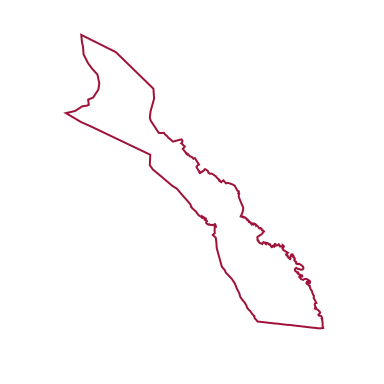 Ebonyi, Ebonyi, Nigeria (Equal Earth projection), rotated 314°
{"feature_id": "59680162B19549725656045", "entity_name": "Ebonyi", "entity_type": "district", "adm_level": 2, "iso_a3": "NGA", "parent_name": "Nigeria", "parent_adm1": "Ebonyi", "projection": "equal_earth", "projection_center": [8.133, 6.541], "detail": "fine", "context": "isolated", "style": "outline", "palette": "rose", "viewbox_px": 384, "rotation_deg": 314, "n_neighbors": 0, "source": "geoboundaries", "source_scale": "gbopen_adm2", "svg_char_len": 6095}
<svg xmlns="http://www.w3.org/2000/svg" viewBox="0 0 384 384"><g transform="rotate(314 192 192)"><path d="M206.2,342.2L205.8,341.4L206.0,340.1L205.8,338.1L205.8,337.8L206.3,337.4L207.4,337.0L208.8,337.5L209.0,337.7L209.1,338.6L208.7,339.0L207.8,339.1L207.8,339.6L208.0,340.0L209.0,339.8L209.8,339.0L209.6,337.3L209.3,335.6L208.6,334.3L208.3,333.9L207.2,333.3L205.9,333.0L205.7,332.2L205.1,330.9L205.5,328.0L205.9,327.8L206.3,327.7L206.6,328.0L207.0,328.6L207.3,329.5L207.5,329.9L207.9,330.0L208.5,329.2L207.7,327.6L207.2,325.7L206.9,325.3L206.9,324.6L207.5,324.7L207.8,324.5L207.8,323.7L207.3,323.1L207.0,321.9L207.0,320.9L207.3,320.2L207.9,319.7L209.5,319.6L209.9,319.7L209.9,320.8L210.1,321.4L210.7,322.0L211.7,324.3L212.8,325.2L213.8,325.4L214.7,325.0L215.5,323.6L215.3,320.9L214.7,318.9L214.5,318.6L214.0,318.6L213.7,318.4L213.5,317.7L213.0,317.3L212.9,316.9L213.0,316.4L213.7,316.0L214.1,315.3L214.1,315.0L213.7,314.6L213.7,314.3L214.1,312.8L214.2,312.7L214.7,312.7L215.2,312.6L215.8,311.6L215.4,310.7L215.6,310.2L216.4,309.8L216.5,309.4L216.4,309.3L216.1,309.1L215.6,309.2L215.2,308.7L215.2,308.4L215.4,308.2L215.7,307.9L216.2,307.8L216.4,308.1L216.8,308.1L217.0,307.7L216.6,307.1L216.2,306.9L215.5,307.0L213.3,308.0L213.1,307.9L212.5,309.1L211.8,309.2L211.7,308.8L211.8,308.5L211.8,306.4L211.9,305.6L212.6,305.3L212.7,304.9L212.5,304.3L212.2,303.7L212.2,303.3L212.7,303.0L214.9,303.2L213.7,298.2L214.0,297.8L214.0,296.9L214.2,296.3L214.7,296.3L215.6,296.0L216.4,296.1L216.7,295.9L216.9,294.8L216.6,294.3L216.6,294.2L215.6,295.0L215.4,295.0L215.2,294.9L215.0,294.5L214.9,294.2L214.8,293.9L214.5,293.8L213.9,293.0L214.0,292.8L214.5,292.2L214.6,290.7L214.0,290.8L213.0,290.6L211.7,289.6L211.5,289.2L211.6,288.9L212.1,288.9L212.5,288.4L212.6,288.2L212.5,287.9L212.3,287.8L212.1,287.8L211.8,288.1L211.2,287.9L210.7,288.2L210.6,288.4L210.4,288.9L209.8,289.1L209.7,288.6L209.8,288.2L209.8,287.8L209.7,287.7L208.8,287.9L208.7,287.3L208.4,287.3L208.2,287.6L207.9,287.8L207.7,287.8L207.6,287.6L208.2,285.0L208.3,284.8L208.6,284.6L208.6,284.3L208.5,284.1L207.8,284.1L207.7,283.8L208.0,283.1L207.9,282.3L207.8,282.0L207.3,281.8L207.2,281.2L206.9,280.6L206.7,280.6L206.4,281.6L206.2,281.8L205.9,281.7L205.8,280.7L206.2,279.4L205.6,278.2L203.4,278.7L203.2,277.5L202.3,276.3L202.6,273.5L203.2,273.4L203.0,272.4L203.8,271.8L204.7,270.5L205.5,270.3L209.7,271.4L213.6,271.2L213.8,270.1L213.1,269.2L213.5,268.0L213.5,267.3L213.9,267.3L213.7,266.3L213.2,266.1L212.5,265.7L213.0,263.0L212.9,261.1L212.5,261.2L212.9,260.5L212.9,260.1L213.0,259.9L212.5,258.8L212.3,258.9L211.9,258.1L211.2,258.8L211.0,258.4L211.4,258.1L211.4,257.8L211.2,257.8L210.8,258.0L210.5,257.8L210.4,257.4L210.8,257.0L210.7,256.9L210.5,257.0L210.6,256.7L210.6,256.3L210.3,256.4L210.3,256.1L210.6,256.0L210.9,255.1L210.6,254.9L210.5,254.5L210.1,254.2L209.9,253.8L210.4,253.4L210.4,252.6L210.8,252.5L210.7,251.8L210.3,251.8L210.2,251.2L210.2,250.7L210.7,250.8L210.7,249.0L210.5,247.6L210.2,247.6L210.0,247.1L209.8,246.2L209.3,246.4L209.1,245.8L209.3,245.3L209.2,244.6L208.7,244.8L208.2,244.0L208.4,243.9L209.8,243.5L212.1,242.6L214.5,241.3L216.1,239.9L216.5,239.4L218.0,235.6L221.0,229.0L222.7,227.4L223.5,227.2L223.3,226.1L224.4,225.9L224.7,225.6L224.9,225.3L224.6,225.0L224.7,224.4L224.5,223.7L226.1,218.8L226.0,217.6L225.8,216.5L224.8,214.1L224.1,212.6L223.4,211.4L221.8,210.4L222.2,206.5L220.8,206.3L219.3,206.2L219.1,204.2L219.5,204.3L219.7,203.4L219.3,203.3L219.7,202.2L219.6,201.4L219.6,199.4L219.9,198.1L219.6,197.0L219.4,195.3L219.2,194.4L218.9,193.4L217.6,192.3L217.5,191.6L217.4,191.4L217.3,191.1L217.3,190.8L217.5,190.8L217.5,189.9L217.7,189.7L217.8,189.2L218.1,188.8L217.9,186.7L217.5,185.5L217.1,185.3L215.8,185.7L214.9,185.5L214.6,185.3L214.2,185.4L213.5,185.2L213.1,184.8L212.4,184.9L211.1,184.6L211.2,183.5L211.9,183.2L212.1,182.7L212.0,181.6L213.1,177.8L215.1,177.5L216.6,178.0L218.4,170.5L217.7,170.1L216.9,169.9L217.1,168.1L216.6,166.5L216.2,165.8L216.4,162.9L215.6,162.8L215.7,160.8L216.2,160.8L216.1,159.6L216.6,155.4L219.3,155.4L219.8,155.1L219.6,154.6L219.7,152.5L219.6,150.5L220.2,150.7L222.2,149.6L222.4,148.7L222.5,147.8L215.0,143.3L214.9,142.3L215.0,141.1L214.6,137.4L214.9,135.4L214.7,132.7L214.9,131.2L215.0,130.7L212.6,128.4L211.4,127.0L214.6,112.9L216.1,110.1L221.3,106.1L232.8,99.9L239.5,92.5L239.7,40.1L228.1,3.2L223.4,8.7L220.4,13.2L215.7,18.3L212.4,27.9L211.3,34.6L210.8,42.4L205.8,49.8L200.6,53.5L191.3,55.3L186.3,53.1L183.0,57.2L181.1,56.4L177.3,53.5L169.0,51.6L161.2,46.5L165.2,63.5L169.2,74.5L189.8,136.1L182.0,143.0L181.0,148.2L181.8,158.8L182.8,174.0L183.9,179.0L183.2,185.5L182.1,198.9L181.9,199.7L181.4,200.6L180.9,202.0L180.7,201.9L180.5,203.6L180.7,208.7L180.3,209.9L179.9,212.9L180.3,215.1L180.7,215.7L180.4,217.5L181.3,217.8L181.8,217.7L181.9,217.4L182.0,217.8L181.7,218.4L181.9,218.6L182.6,220.3L182.3,220.6L181.8,220.6L181.0,220.1L180.8,220.4L181.6,222.2L181.5,222.9L181.4,223.1L180.7,222.8L179.5,223.9L179.5,224.4L179.8,226.4L180.4,226.5L180.8,226.7L181.0,228.2L182.3,229.3L182.9,230.0L182.9,230.7L183.3,231.0L184.0,230.5L184.9,230.9L184.7,231.6L183.6,233.4L182.9,232.8L181.5,233.6L178.1,237.0L175.5,236.8L175.6,240.9L172.0,245.3L168.8,248.8L159.0,265.3L158.5,270.1L157.5,272.3L157.2,280.7L155.9,286.5L153.6,291.6L152.0,296.4L150.2,299.3L149.4,302.8L149.1,306.6L148.1,310.1L147.0,312.1L146.7,315.5L146.8,316.7L146.1,319.7L146.0,322.8L145.8,322.7L145.5,323.5L145.0,324.3L144.7,325.0L144.7,327.2L144.3,329.0L154.8,342.7L156.7,345.0L162.9,353.2L163.9,354.2L164.9,355.5L167.5,359.0L172.8,365.9L178.3,373.2L180.1,375.3L180.7,376.1L180.7,376.4L182.8,378.7L183.9,379.8L185.3,380.8L186.3,379.2L186.8,378.6L189.4,376.0L190.2,374.5L191.0,373.3L191.4,373.6L192.3,371.9L192.5,371.0L192.5,370.8L192.1,370.2L191.5,369.6L190.9,368.4L190.5,368.5L194.4,367.9L194.7,366.3L194.6,364.8L194.4,363.5L194.0,362.3L193.5,361.4L194.1,361.0L194.9,361.5L195.9,358.9L196.5,358.3L197.1,358.0L197.7,358.0L198.6,358.5L198.9,357.4L199.2,356.6L199.6,355.5L200.1,353.6L200.2,353.2L201.9,352.0L202.3,350.4L202.9,348.9L204.1,347.0L204.6,344.5L205.6,342.7L206.2,342.2Z" fill="none" stroke="#9f1239" stroke-width="2"/></g></svg>